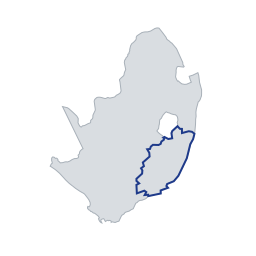 location of Eastern Cape within South Africa, rotated 335°
{"feature_id": "ZAF-1926", "entity_name": "Eastern Cape", "entity_type": "Province", "adm_level": 1, "iso_a3": "ZAF", "parent_name": "South Africa", "parent_adm1": "", "projection": "natural_earth1", "projection_center": [27.087, -32.092], "detail": "coarse", "context": "in_parent", "style": "outline", "palette": "blue", "viewbox_px": 256, "rotation_deg": 335, "n_neighbors": 0, "source": "natural_earth", "source_scale": "10m", "svg_char_len": 4224}
<svg xmlns="http://www.w3.org/2000/svg" viewBox="0 0 256 256"><g transform="rotate(335 128 128)"><path d="M175.2,48.2L180.9,47.4L183.5,47.9L186.5,49.2L189.4,49.7L194.3,49.2L196.0,49.4L197.3,49.9L198.3,50.6L199.6,56.0L200.8,61.8L200.7,63.7L200.9,64.4L202.3,66.9L202.8,68.4L203.6,69.6L205.3,75.8L205.5,76.9L205.3,91.8L204.6,93.6L204.9,96.0L204.1,96.3L199.3,93.3L198.4,93.4L197.0,94.5L195.8,96.3L195.2,97.8L192.7,101.8L192.5,104.4L192.7,106.5L193.5,106.6L194.1,108.2L195.4,110.7L197.6,112.3L199.6,113.1L202.5,113.2L204.8,113.2L204.7,111.5L205.3,107.0L209.1,107.5L214.7,107.4L214.3,110.3L212.1,117.0L210.8,124.6L209.0,128.4L208.1,130.0L205.3,132.8L203.9,133.7L202.7,134.0L198.0,139.6L196.2,142.4L194.6,146.3L193.1,148.5L190.8,153.1L186.8,160.0L183.4,164.5L182.0,165.8L181.0,166.3L178.3,169.0L174.6,173.1L171.7,176.9L167.5,181.1L165.0,182.9L161.4,186.5L160.3,187.1L156.2,190.5L153.2,192.5L148.4,194.9L146.5,195.5L142.0,194.9L140.1,195.3L138.5,196.7L138.3,198.8L137.7,199.1L133.5,198.1L131.8,198.3L130.8,199.4L130.0,200.8L127.6,200.8L123.3,199.4L118.3,198.5L117.1,198.4L114.7,199.5L113.8,199.6L110.3,199.4L108.3,198.7L106.4,198.7L105.0,199.3L103.2,199.5L98.6,203.4L96.1,203.4L94.0,203.8L90.3,203.3L89.2,203.5L88.1,204.2L85.6,204.5L84.6,205.1L80.4,208.6L78.6,208.3L76.4,208.2L73.9,206.3L72.9,206.4L73.2,205.9L73.2,204.9L72.3,203.9L71.3,203.9L70.8,203.1L69.3,203.0L68.0,203.2L67.7,200.0L67.1,199.7L65.6,199.6L64.9,199.7L64.5,200.0L64.1,200.8L64.2,203.0L63.6,202.4L63.0,201.0L62.8,199.6L62.9,197.8L64.1,197.2L63.7,195.0L61.8,191.2L60.7,190.4L59.8,188.5L58.9,187.8L58.6,186.4L57.7,185.4L57.4,183.7L57.8,182.7L58.5,182.1L59.3,183.0L60.2,182.7L61.5,181.4L62.2,179.5L62.2,176.5L61.9,174.7L60.8,169.8L60.3,168.7L57.8,165.2L55.0,160.6L51.3,153.3L49.6,148.9L46.8,140.0L44.5,134.9L41.7,130.2L41.3,129.9L41.7,129.4L43.1,128.3L43.8,128.0L44.2,128.1L44.5,127.8L44.8,127.1L45.0,125.4L45.7,123.7L46.3,122.9L47.5,122.4L48.5,123.1L49.0,123.7L49.2,124.6L49.6,125.0L50.3,125.0L50.8,125.5L51.1,126.6L51.1,127.3L50.7,127.8L50.8,128.4L51.3,129.2L51.9,131.0L54.5,131.9L56.0,132.0L57.5,132.4L58.8,133.2L61.0,133.4L64.0,133.0L66.5,133.1L68.5,133.9L70.0,134.0L70.8,133.6L71.2,132.9L71.1,132.0L71.5,131.4L72.5,131.2L73.3,130.5L73.9,129.4L75.2,128.5L77.4,127.8L78.5,127.8L77.7,80.9L81.7,84.1L82.6,85.6L84.5,90.0L86.6,95.4L86.9,98.1L86.8,98.6L84.9,102.2L84.9,103.9L85.1,106.0L85.6,107.0L86.2,107.4L87.6,106.8L89.7,107.4L93.7,107.2L95.8,107.4L96.3,107.3L96.7,106.8L97.2,105.6L97.7,105.2L99.6,104.6L100.4,103.9L101.7,101.5L105.7,98.2L106.2,97.4L108.6,89.6L109.4,88.5L110.5,87.8L112.7,87.2L114.0,87.5L115.5,88.2L117.0,89.3L119.4,91.4L120.2,91.8L122.6,91.8L124.1,93.2L128.5,94.2L129.8,94.1L131.2,93.4L133.4,93.4L135.9,92.9L137.4,91.5L140.2,82.9L140.5,81.1L140.8,80.5L143.2,79.6L146.0,78.8L146.6,78.4L148.3,76.1L150.6,74.1L152.3,67.2L153.3,65.6L154.0,64.9L154.4,64.9L155.0,64.5L155.7,63.7L156.7,63.2L157.7,63.0L158.4,62.4L158.7,61.5L159.3,61.0L160.1,61.1L160.5,60.8L160.6,60.2L162.3,58.7L162.4,58.1L163.4,56.7L165.3,54.4L167.2,53.1L168.9,52.8L172.1,51.6L173.2,50.6L173.9,49.1L175.2,48.2ZM169.5,149.2L172.3,148.1L174.4,146.5L174.9,143.8L176.5,142.1L177.1,140.5L177.5,138.3L176.6,136.0L175.3,135.3L173.0,133.3L172.0,132.0L170.5,130.8L169.5,129.5L167.9,129.9L165.4,131.0L163.8,132.0L162.5,133.2L160.2,134.0L158.0,137.8L157.2,138.7L155.5,141.4L153.0,142.8L153.0,143.3L153.8,145.5L154.9,147.8L156.1,149.6L156.1,150.7L156.5,151.6L157.6,152.2L159.4,154.5L160.3,155.2L163.1,155.8L163.5,155.6L164.2,154.3L164.3,153.3L166.2,150.4L167.0,149.5L169.5,149.2Z" fill="#d9dde1" stroke="#a8b0b8" stroke-width="1"/><path d="M166.9,149.4L173.6,147.3L174.7,150.7L176.5,151.6L174.8,155.4L181.7,156.6L184.4,158.5L185.8,161.3L182.3,165.6L177.6,169.0L168.5,180.3L153.5,192.6L147.0,195.6L139.8,195.3L138.3,196.8L139.0,199.1L131.2,198.4L130.0,201.2L117.6,198.3L118.1,197.0L114.8,195.8L117.5,193.8L116.3,191.7L108.4,191.0L111.6,183.1L114.7,182.9L113.3,179.5L114.2,177.6L121.5,175.3L123.1,172.5L122.8,170.0L126.3,169.3L126.9,165.5L135.5,163.0L136.8,159.5L136.4,155.4L139.1,156.3L140.8,154.5L143.5,153.8L148.5,156.3L150.9,156.2L152.5,154.4L155.5,153.8L156.7,152.3L156.1,151.7L157.2,151.5L159.9,155.0L163.7,156.0L165.2,151.0L166.9,149.4Z" fill="none" stroke="#1e3a8a" stroke-width="2"/></g></svg>